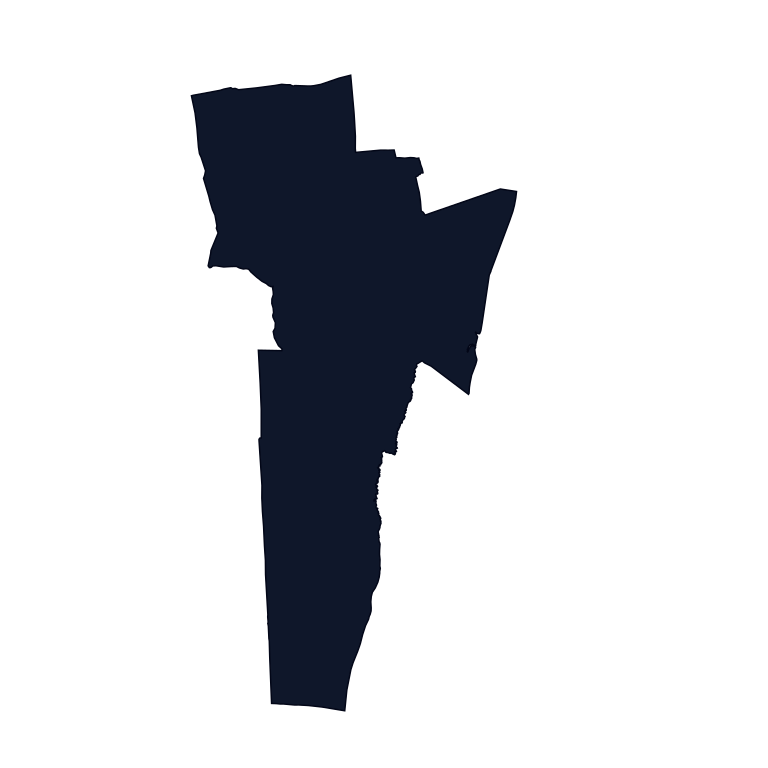 outline of Terpezita, Dolj, Romania, rotated 261°
{"feature_id": "2599482B57924090457119", "entity_name": "Terpezita", "entity_type": "district", "adm_level": 2, "iso_a3": "ROU", "parent_name": "Romania", "parent_adm1": "Dolj", "projection": "albers", "projection_center": [23.49, 44.289], "detail": "fine", "context": "isolated", "style": "filled", "palette": "ink", "viewbox_px": 768, "rotation_deg": 261, "n_neighbors": 0, "source": "geoboundaries", "source_scale": "gbopen_adm2", "svg_char_len": 6149}
<svg xmlns="http://www.w3.org/2000/svg" viewBox="0 0 768 768"><g transform="rotate(261 384 384)"><path d="M693.1,387.4L689.8,368.4L689.6,361.5L689.7,359.0L690.1,356.0L692.7,342.6L692.4,341.0L693.2,339.5L694.2,338.2L694.8,334.6L696.0,329.8L695.9,323.1L696.4,304.3L697.4,286.4L699.1,283.5L699.3,282.5L699.3,280.5L700.3,279.5L700.6,278.8L700.3,271.9L699.7,268.2L699.0,240.8L698.8,238.9L681.3,239.8L666.4,239.3L646.9,237.8L640.3,237.8L636.5,238.9L622.5,241.1L618.4,239.6L615.3,237.9L596.8,240.4L591.5,240.8L583.1,241.9L577.2,243.5L566.3,243.7L564.1,242.8L559.1,243.8L543.0,234.0L540.2,233.3L528.2,228.8L526.3,229.7L526.1,230.5L526.4,231.8L527.4,233.3L527.1,236.5L524.7,243.9L523.9,251.8L523.2,256.7L521.3,259.3L519.6,263.0L519.5,265.8L518.6,268.3L515.4,270.1L509.3,275.1L504.5,279.6L501.6,283.5L499.3,285.4L497.7,287.8L497.7,289.6L496.3,289.0L492.5,289.0L489.6,288.7L485.5,286.6L481.0,285.8L476.5,286.4L471.8,286.1L469.3,284.9L467.4,284.8L461.6,286.3L456.1,285.1L453.2,282.8L446.8,283.0L438.3,285.8L434.6,288.8L432.9,288.3L437.0,265.2L403.9,261.8L378.3,258.8L349.9,254.3L349.8,254.2L350.0,253.6L350.0,252.9L349.5,252.4L348.9,251.9L347.5,251.7L303.0,247.6L290.4,245.5L277.1,244.0L262.3,242.8L242.7,240.6L228.5,239.3L214.3,237.2L174.3,233.2L172.2,232.7L167.9,232.4L166.5,232.2L165.8,231.8L163.1,231.9L150.5,230.5L148.2,230.5L132.1,228.4L86.1,223.0L85.2,227.6L84.2,231.4L83.7,234.6L80.9,245.7L80.4,249.3L78.3,259.0L74.6,272.5L67.4,294.1L87.5,299.4L107.1,306.6L113.5,309.8L124.2,316.2L128.8,318.7L131.5,320.1L139.9,323.7L148.3,328.0L154.0,331.9L156.7,333.0L158.7,334.3L161.8,335.7L164.8,336.3L170.9,336.9L176.1,338.2L180.1,339.9L184.0,343.5L189.2,346.9L193.9,349.0L197.9,350.2L199.4,350.4L202.4,351.5L204.9,351.4L211.2,352.6L216.4,352.9L221.3,353.8L226.4,355.0L227.9,354.9L228.8,354.5L230.5,354.5L232.4,354.6L233.4,355.3L234.2,355.0L234.9,355.3L235.5,354.8L236.5,355.3L237.1,355.1L238.8,355.1L239.6,355.4L241.6,356.9L243.4,357.7L244.3,357.8L247.1,359.3L248.6,359.1L248.9,359.5L250.6,359.0L252.0,359.8L252.7,359.2L253.3,359.4L254.1,358.8L254.6,358.9L255.5,358.1L256.1,358.2L256.6,358.6L257.6,358.0L258.3,358.6L260.4,357.7L261.3,357.7L261.8,358.3L262.1,358.3L262.4,358.0L262.4,357.2L263.6,356.8L264.2,356.8L264.9,357.5L266.3,357.6L267.5,357.2L269.4,357.8L269.7,357.6L270.2,357.7L270.6,357.3L270.6,356.7L270.0,356.2L269.9,355.9L270.3,355.6L271.2,356.0L271.6,356.6L271.8,357.1L271.6,357.8L271.6,358.4L271.9,359.2L272.2,359.3L273.0,358.7L273.8,358.8L274.5,358.3L275.3,358.8L276.3,358.5L276.5,358.6L276.7,359.1L276.4,360.2L276.4,360.4L276.8,360.7L279.5,360.6L279.8,361.3L280.1,361.4L281.0,360.4L281.4,360.3L282.2,360.5L283.3,360.0L283.4,361.1L284.0,361.6L285.1,361.1L284.9,360.7L285.0,360.4L285.6,360.4L286.1,360.0L287.1,360.8L287.2,362.0L287.7,362.6L288.7,362.9L288.7,362.6L289.0,361.9L289.3,361.7L289.6,361.9L289.3,362.4L289.5,362.7L290.2,362.9L290.6,362.3L290.8,362.3L291.2,363.3L292.7,363.8L293.4,365.2L294.3,365.0L294.6,365.5L295.1,365.6L296.2,365.0L297.1,364.9L297.3,365.2L297.1,365.7L297.2,366.0L298.6,365.9L299.3,365.5L299.5,365.7L299.4,366.5L299.9,366.6L300.3,366.5L301.3,365.3L302.2,364.8L302.3,365.2L302.2,365.7L303.7,365.7L303.9,366.3L303.7,366.9L305.0,366.9L304.9,367.3L304.6,367.7L304.7,368.0L305.7,368.3L305.8,368.9L306.3,369.3L306.9,369.3L307.2,369.7L308.1,369.4L308.8,369.8L309.6,369.4L310.3,370.1L311.8,369.6L312.0,370.5L312.3,371.0L312.7,371.1L316.4,370.8L317.7,372.3L317.5,373.1L317.9,373.5L318.1,374.2L317.6,374.7L316.4,375.1L316.1,375.5L315.7,377.1L314.6,379.1L314.7,380.4L313.6,381.6L312.5,383.3L312.7,383.8L313.3,384.3L314.0,384.4L314.9,383.9L315.4,383.9L315.5,384.3L315.3,385.1L315.3,385.7L315.5,385.8L317.2,385.1L317.9,385.1L318.2,385.3L318.6,387.1L319.2,387.0L320.0,386.3L320.8,386.1L321.3,386.7L322.6,387.2L322.9,386.2L323.5,386.1L323.8,386.4L324.2,387.7L324.5,387.8L325.2,387.4L325.4,386.9L326.1,386.7L327.3,387.4L328.6,387.2L329.2,388.2L329.7,388.4L330.7,388.0L331.7,389.1L332.2,388.8L332.7,388.9L333.3,389.8L334.9,389.5L336.8,391.3L337.5,390.9L337.7,391.1L337.9,391.8L338.3,392.2L339.1,392.3L339.2,392.8L339.9,392.9L340.3,393.4L341.5,393.9L341.9,393.6L342.2,393.6L342.5,394.7L343.0,395.0L342.7,395.4L342.7,395.7L343.2,396.0L343.8,395.9L345.3,396.8L346.2,397.9L346.4,398.4L347.1,398.9L347.9,399.0L348.5,399.7L348.8,399.7L349.1,399.3L350.0,399.0L350.9,399.1L352.3,401.0L352.7,401.1L353.8,400.2L354.2,400.7L354.5,401.8L355.2,402.0L355.8,401.5L356.1,401.6L357.8,403.1L358.5,403.2L361.4,404.7L362.4,405.8L362.8,407.0L363.3,407.5L363.4,407.3L364.2,407.6L364.7,408.4L365.8,409.2L366.7,409.1L368.7,410.1L369.4,409.8L370.0,409.3L370.6,409.6L370.9,410.7L371.3,410.9L372.2,410.8L373.1,410.3L375.1,410.4L376.3,409.6L379.9,411.2L380.7,412.8L383.2,414.5L384.4,414.3L385.8,414.7L386.3,416.1L388.7,415.6L390.4,415.6L390.6,416.6L391.7,417.0L393.2,416.2L396.2,419.3L397.2,419.0L398.9,419.6L399.1,420.9L399.9,422.7L400.8,425.0L400.8,425.5L398.6,427.3L394.3,433.3L393.5,434.1L360.6,465.8L360.9,466.0L361.4,466.5L367.2,467.8L371.7,469.2L379.0,471.9L389.2,477.7L392.8,479.3L394.1,479.5L398.9,478.9L403.4,479.0L404.6,479.3L405.5,480.1L406.2,480.2L407.0,479.3L407.8,477.5L407.9,476.8L407.6,475.5L406.7,474.8L405.6,473.5L404.0,472.6L402.8,472.2L402.6,471.5L403.0,471.3L403.5,471.7L405.2,471.7L406.8,472.9L407.9,473.5L408.4,474.2L409.3,475.1L409.3,475.6L408.9,476.7L409.5,477.2L409.5,477.5L409.0,478.3L408.1,479.2L407.7,480.6L409.0,480.9L415.9,483.8L419.7,482.5L420.3,482.6L420.7,482.4L420.9,482.7L420.7,483.0L419.7,483.6L419.4,484.1L418.7,485.9L418.8,486.3L420.5,487.4L421.9,488.1L429.0,490.5L475.2,505.0L478.6,507.2L479.3,507.4L525.6,533.6L534.2,538.2L540.2,540.8L547.3,543.3L553.4,545.0L558.4,529.4L544.4,451.0L547.4,449.6L549.1,447.8L558.9,448.6L567.8,448.8L574.8,448.2L582.0,447.8L582.9,447.5L583.4,447.8L583.9,448.6L584.3,450.1L585.4,450.9L585.5,451.5L585.3,452.1L585.5,452.4L586.7,453.7L586.8,454.0L586.4,454.9L586.4,455.5L586.6,455.6L590.4,455.4L595.1,454.5L598.4,454.3L599.8,453.8L601.7,453.7L601.7,451.6L602.7,449.1L603.5,445.5L603.8,439.9L605.1,434.5L605.5,431.2L613.5,430.6L614.2,425.1L615.5,417.4L617.2,392.2L621.2,392.5L633.2,394.5L648.9,396.1L657.6,396.9L694.2,399.4L693.1,387.4Z" fill="#0f172a" stroke="#020617" stroke-width="1.5"/></g></svg>